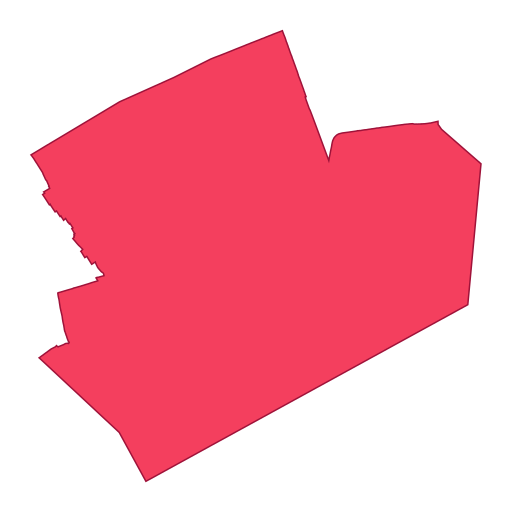 the district of Drechterland, Noord-Holland, Netherlands
{"feature_id": "6326949B42613420061544", "entity_name": "Drechterland", "entity_type": "district", "adm_level": 2, "iso_a3": "NLD", "parent_name": "Netherlands", "parent_adm1": "Noord-Holland", "projection": "orthographic", "projection_center": [5.149, 52.656], "detail": "fine", "context": "isolated", "style": "filled", "palette": "rose", "viewbox_px": 512, "rotation_deg": 0, "n_neighbors": 0, "source": "geoboundaries", "source_scale": "gbopen_adm2", "svg_char_len": 5447}
<svg xmlns="http://www.w3.org/2000/svg" viewBox="0 0 512 512"><path d="M145.9,481.3L210.7,445.7L315.9,388.0L401.6,341.0L467.8,304.7L481.0,163.8L441.5,129.3L439.0,125.7L438.1,124.6L438.0,121.3L429.8,123.2L429.5,123.1L429.4,123.1L428.4,123.3L426.9,123.5L425.2,123.7L424.2,123.8L423.6,123.8L422.0,123.9L421.3,123.9L421.3,124.0L418.9,124.0L417.3,124.1L416.6,124.1L416.4,124.1L416.1,124.0L415.8,124.1L415.7,124.1L414.7,124.1L414.4,124.1L414.2,124.1L413.6,123.9L412.9,123.8L412.5,123.7L412.3,123.7L410.8,123.8L410.4,123.8L409.5,123.9L407.7,124.1L406.4,124.2L405.4,124.3L404.1,124.4L403.6,124.5L403.2,124.6L402.2,124.7L399.0,125.1L395.2,125.6L389.3,126.5L386.9,126.8L384.5,127.1L382.6,127.3L382.0,127.3L380.7,127.6L378.9,127.9L378.1,128.0L377.4,128.0L377.1,128.0L376.0,128.2L375.1,128.4L373.0,128.7L371.6,128.9L371.2,128.9L370.4,129.1L368.7,129.3L366.4,129.7L364.2,129.9L362.9,130.1L361.2,130.4L361.0,130.5L359.2,130.6L357.8,130.8L357.7,130.8L357.5,130.7L356.5,131.0L355.2,131.2L348.3,132.2L345.1,132.6L342.1,133.0L341.4,133.2L340.9,133.3L340.7,133.4L339.8,133.6L338.7,133.9L337.6,134.5L336.6,135.1L334.9,136.8L334.2,137.7L333.8,138.2L333.7,138.5L333.6,138.8L333.5,139.0L333.1,139.8L332.8,140.5L332.6,141.0L332.5,141.5L332.2,142.8L331.9,144.3L331.5,146.8L331.3,147.8L330.9,149.6L330.4,152.0L330.3,152.7L329.9,154.9L329.4,157.1L329.1,159.1L328.8,160.6L315.8,125.4L312.0,115.2L310.0,110.0L309.5,109.2L309.3,108.8L306.1,99.9L305.2,97.0L305.6,96.9L306.1,96.7L305.5,95.2L305.3,94.6L305.1,94.0L304.8,93.1L304.3,91.7L303.8,90.4L303.7,89.9L303.6,89.6L303.3,88.8L302.6,86.9L302.1,85.5L300.7,81.6L300.4,80.8L299.7,78.8L299.2,77.7L299.1,77.4L298.7,76.4L298.5,75.8L298.4,75.7L298.4,75.4L298.3,75.1L298.3,74.8L298.0,74.1L297.4,72.1L296.7,70.1L296.5,69.8L296.1,68.6L295.2,66.0L294.0,62.8L293.4,61.0L292.7,59.2L292.5,58.8L291.7,56.2L291.2,55.1L290.8,54.1L289.5,50.4L289.4,50.2L289.1,49.2L289.0,48.9L288.8,48.3L288.5,47.8L288.3,47.1L288.0,46.0L287.9,45.7L287.5,44.7L287.2,43.9L286.7,42.4L286.4,41.9L285.8,39.9L285.1,37.8L284.7,36.8L284.1,35.3L283.7,34.4L283.5,33.7L283.1,32.8L282.9,32.1L282.6,31.5L282.4,30.7L282.1,30.8L281.3,31.1L280.9,31.3L278.0,32.4L274.3,33.8L272.5,34.5L271.5,35.0L270.1,35.5L268.7,36.0L267.6,36.5L267.1,36.7L266.7,36.8L266.2,37.0L263.7,38.1L261.6,38.8L261.2,39.0L260.8,39.2L260.5,39.3L258.8,40.0L254.4,41.7L253.4,42.1L252.4,42.5L251.2,42.9L250.1,43.4L248.1,44.2L247.0,44.6L246.2,44.9L245.6,45.2L241.1,47.0L236.8,48.7L234.8,49.5L231.9,50.7L220.3,55.3L215.0,57.3L210.8,59.0L173.8,77.5L133.9,95.4L120.0,101.6L118.9,102.2L98.4,114.5L82.5,124.0L68.8,132.2L55.6,140.1L46.5,145.5L38.6,150.3L32.6,153.9L31.9,154.3L31.0,154.9L31.2,155.1L33.7,158.5L34.0,159.0L34.3,159.5L36.1,162.4L36.3,162.7L36.7,163.2L37.7,164.8L38.3,165.8L38.7,166.4L38.9,166.7L39.5,167.7L40.9,169.9L42.3,172.1L42.8,173.1L43.0,173.7L43.1,173.9L43.1,174.1L43.5,174.9L44.0,176.0L45.7,179.7L45.9,179.9L46.0,180.1L46.7,180.7L46.7,180.9L46.9,181.3L47.8,183.4L48.2,184.2L48.3,184.6L48.6,185.1L49.0,186.1L48.7,186.3L49.1,187.1L49.6,188.1L49.5,188.3L49.6,188.5L49.3,188.6L49.0,188.8L46.6,190.2L45.1,191.1L43.7,191.9L44.0,192.2L44.7,193.2L42.7,194.5L42.9,194.7L42.9,194.9L46.2,199.9L49.4,204.9L49.6,204.8L49.8,204.6L50.2,204.4L50.2,204.5L51.1,205.9L53.2,209.1L55.1,211.9L56.5,211.0L58.3,213.8L60.1,216.5L60.9,215.9L61.5,217.1L61.7,217.4L62.4,218.3L62.9,219.2L63.1,219.4L63.6,220.3L65.6,218.5L66.8,220.5L67.8,222.1L68.0,222.4L68.1,222.5L68.5,222.5L68.7,222.8L68.9,223.3L69.4,224.0L70.0,223.5L70.4,224.1L71.2,225.3L71.6,226.0L72.1,226.7L72.9,227.9L71.8,228.6L72.6,230.0L74.5,233.5L74.7,233.4L74.9,233.7L73.9,234.2L74.3,234.9L74.2,235.0L74.5,235.5L73.9,236.0L74.0,236.3L74.2,236.6L74.1,236.8L73.9,236.9L73.9,237.0L74.1,237.3L74.0,237.5L73.9,237.6L72.8,238.5L73.1,238.9L75.1,241.2L76.9,243.4L77.2,243.7L77.8,244.4L77.9,244.5L78.8,245.5L79.5,246.1L82.7,249.3L80.8,251.4L81.0,251.6L81.3,251.9L81.5,252.2L82.3,253.5L83.5,255.5L84.8,257.6L86.8,256.4L87.5,257.5L88.7,259.5L91.7,264.3L95.3,262.0L95.4,262.4L95.5,262.7L95.9,263.7L96.5,265.0L96.9,265.8L97.4,266.9L97.9,267.7L98.4,268.4L98.6,268.7L99.4,269.5L99.9,270.1L101.2,271.6L101.8,272.1L102.5,272.5L103.0,272.9L103.3,273.2L103.5,273.6L103.8,274.6L104.0,275.7L97.0,277.6L96.9,277.4L96.0,277.9L97.8,280.8L97.6,280.9L97.2,281.0L96.4,281.3L95.5,281.5L93.8,282.0L93.4,282.1L93.1,282.2L92.9,282.3L91.4,282.7L90.9,282.9L90.3,283.1L90.0,283.3L89.4,283.4L88.9,283.6L87.3,284.1L85.2,284.7L84.4,285.0L83.8,285.2L83.2,285.3L82.9,285.5L82.3,285.6L79.8,286.4L79.3,286.5L78.3,286.8L77.9,286.9L76.3,287.4L75.9,287.5L75.1,287.7L74.3,287.9L74.0,288.0L73.8,288.0L73.4,288.1L72.9,288.4L72.9,288.5L70.8,289.1L68.3,289.8L60.2,292.2L58.6,292.6L57.8,293.0L58.0,294.8L58.2,296.0L58.5,297.6L58.9,299.1L59.0,299.7L59.3,301.5L59.4,302.5L59.9,305.6L60.2,307.6L60.6,309.5L60.9,310.9L62.0,315.6L62.2,316.7L62.5,319.1L62.8,320.9L63.0,322.1L63.6,324.8L63.8,325.6L64.0,327.1L64.1,327.6L64.2,328.1L64.4,329.8L64.5,330.1L64.6,330.5L64.6,330.9L64.8,331.2L64.9,331.6L65.1,331.9L65.5,333.3L65.7,333.6L66.0,334.9L66.5,335.9L66.5,336.0L66.8,337.0L66.9,337.4L67.1,338.0L67.2,338.3L67.9,340.2L68.0,340.4L68.2,340.9L68.4,341.4L68.6,341.6L68.8,341.9L69.2,342.3L69.2,342.5L68.9,342.9L68.6,343.5L68.4,343.5L68.1,343.4L67.5,343.2L67.0,343.4L66.8,343.4L66.4,343.4L66.0,343.4L65.5,343.6L64.4,344.1L64.1,344.4L58.4,346.7L58.2,346.8L58.0,346.7L57.9,346.7L57.7,346.7L57.4,346.5L56.5,345.6L55.4,346.8L51.1,349.0L39.1,357.8L119.2,432.4L145.9,481.3Z" fill="#f43f5e" stroke="#9f1239" stroke-width="1.5"/></svg>